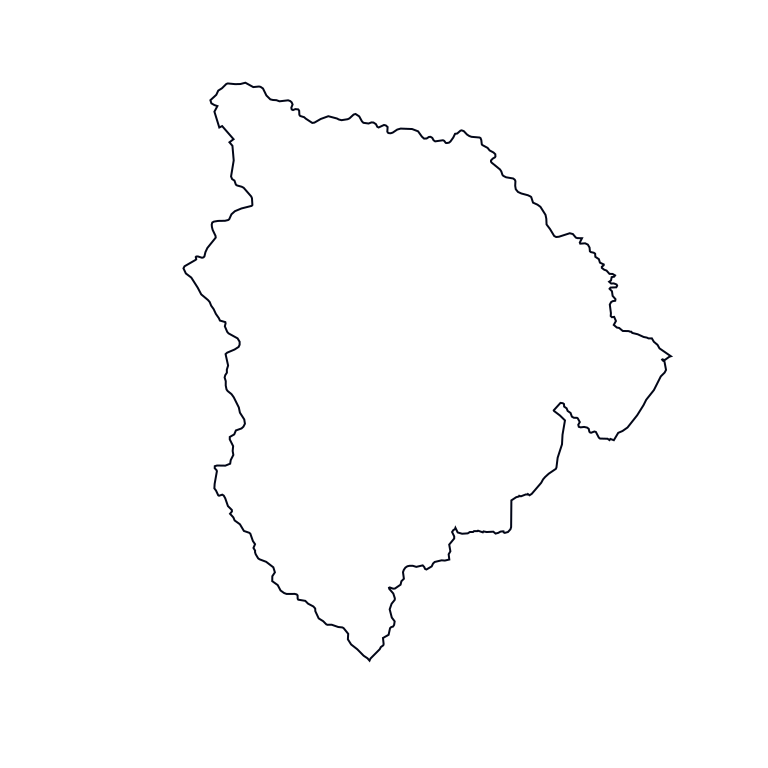 the district of Mueang Lamphun, Lamphun, Thailand, rotated 110°
{"feature_id": "78962969B31473304215935", "entity_name": "Mueang Lamphun", "entity_type": "district", "adm_level": 2, "iso_a3": "THA", "parent_name": "Thailand", "parent_adm1": "Lamphun", "projection": "natural_earth1", "projection_center": [99.055, 18.551], "detail": "fine", "context": "isolated", "style": "outline", "palette": "ink", "viewbox_px": 768, "rotation_deg": 110, "n_neighbors": 0, "source": "geoboundaries", "source_scale": "gbopen_adm2", "svg_char_len": 6166}
<svg xmlns="http://www.w3.org/2000/svg" viewBox="0 0 768 768"><g transform="rotate(110 384 384)"><path d="M359.6,152.9L358.2,152.5L358.2,148.8L349.8,147.2L346.6,143.8L341.6,140.3L326.8,135.4L315.1,132.9L309.1,132.2L297.4,128.3L282.2,126.5L277.3,124.2L274.3,123.8L267.2,128.0L266.5,128.6L266.8,129.4L266.0,131.0L265.6,130.8L265.5,128.4L260.8,125.2L259.8,123.9L256.3,137.3L253.7,140.3L252.0,144.9L249.5,147.9L250.7,151.0L250.5,152.9L251.0,156.1L250.5,162.6L251.1,168.2L250.3,169.5L250.7,170.6L250.6,172.1L252.5,177.8L250.9,182.2L251.3,184.5L249.9,188.3L245.5,187.6L242.2,190.7L243.3,192.7L242.6,194.2L239.8,195.0L232.1,199.0L229.4,198.6L228.0,197.5L226.7,195.2L225.1,195.5L223.0,199.3L218.9,201.5L217.4,204.6L215.9,204.1L213.7,198.8L211.9,198.5L211.0,199.4L210.9,200.4L210.9,202.5L211.9,204.9L210.9,207.4L209.1,206.1L205.7,206.6L204.4,204.4L202.9,204.0L202.4,206.9L203.4,209.8L201.3,213.7L201.3,216.2L200.4,219.0L199.3,219.4L197.3,218.2L196.5,218.4L196.1,222.6L193.2,224.8L192.2,228.9L189.3,230.2L188.9,231.8L189.3,234.7L188.9,235.9L185.5,237.5L183.3,240.1L183.0,243.1L185.0,247.6L184.1,248.4L179.3,247.8L180.8,252.2L180.8,253.8L178.5,257.8L178.8,261.0L185.8,270.0L187.0,272.5L186.7,274.7L181.6,281.0L178.5,285.8L173.2,288.0L169.8,290.1L164.0,297.6L163.0,301.1L162.6,306.0L158.0,309.6L157.7,310.4L157.4,313.3L158.0,320.1L157.7,323.8L155.9,326.8L152.9,328.5L148.4,329.9L147.3,331.0L146.7,332.9L148.0,340.0L147.6,343.1L146.9,344.3L144.1,346.5L142.7,348.4L139.2,358.5L138.5,359.5L137.3,359.9L135.0,358.9L133.1,357.3L132.1,357.1L130.0,358.0L129.0,360.3L128.4,364.6L126.7,367.4L125.8,373.4L125.3,374.1L121.5,376.0L119.9,377.4L119.7,378.5L121.8,386.3L121.8,388.7L121.2,391.3L119.1,395.5L119.1,397.8L119.8,398.8L123.6,400.9L124.6,402.8L128.7,403.2L133.4,404.5L135.0,405.5L136.1,407.4L136.3,408.5L134.9,410.6L134.8,412.0L138.5,418.9L138.0,420.8L136.2,422.8L135.8,424.8L136.5,426.3L138.7,427.9L139.7,430.3L138.6,433.0L134.9,438.4L134.8,444.8L138.3,455.7L140.4,458.6L144.8,461.8L146.1,463.5L146.6,465.2L146.5,466.3L145.7,467.2L141.3,468.5L140.4,470.7L140.6,472.6L144.8,476.8L144.6,478.3L142.6,480.4L141.9,483.3L142.5,485.3L144.5,487.6L145.6,492.7L144.7,494.6L141.0,498.8L140.0,503.1L141.2,504.7L146.2,507.3L147.6,508.7L150.6,514.1L150.9,516.9L150.6,519.0L151.4,527.9L156.6,534.1L162.2,538.8L163.2,540.7L161.4,548.3L160.6,550.3L160.8,554.4L160.0,555.6L156.2,557.2L155.3,558.5L156.0,561.3L157.7,563.2L157.6,564.6L156.1,565.6L152.6,565.5L150.9,567.1L150.2,568.8L150.2,571.1L154.1,578.9L154.1,582.2L155.1,585.5L155.4,588.2L153.1,593.2L147.7,598.8L147.0,601.6L147.2,603.2L149.7,608.4L148.3,617.3L151.2,621.5L153.1,626.3L155.0,633.6L156.0,634.8L161.5,637.4L165.0,640.1L169.6,640.5L176.7,644.2L179.3,642.2L179.9,638.7L179.8,635.6L186.1,636.5L199.3,626.5L197.0,624.3L205.4,609.1L209.7,611.9L212.0,607.9L225.3,601.7L241.3,598.7L243.4,596.8L244.0,594.1L247.3,591.4L247.7,590.0L247.3,585.2L247.6,583.0L253.2,572.9L254.6,571.6L260.8,568.9L261.9,569.3L267.8,578.0L272.6,583.2L276.7,585.4L282.1,585.8L283.2,586.5L285.0,589.2L287.5,595.7L289.6,599.4L291.0,600.6L293.2,600.4L295.3,599.4L297.8,597.7L302.4,593.0L304.0,592.2L316.6,596.5L321.1,596.9L325.6,596.4L326.8,597.0L327.6,598.2L327.8,602.5L328.4,604.0L329.1,604.3L331.0,603.1L331.7,603.4L341.6,611.7L343.9,612.0L347.9,608.0L349.9,601.5L357.2,592.0L362.3,586.4L365.3,578.1L366.6,575.8L369.5,573.2L371.9,569.7L375.6,566.0L378.7,561.6L380.5,559.9L380.1,554.3L381.2,553.6L384.2,553.3L388.6,549.2L389.6,547.4L391.2,537.2L393.7,534.1L396.5,533.1L398.9,533.3L402.7,536.2L408.2,542.1L410.1,543.1L420.0,536.8L424.3,536.6L427.1,535.5L430.0,536.2L432.4,536.0L435.4,533.7L439.6,532.2L443.0,530.1L444.1,528.5L445.7,523.8L447.9,520.6L455.7,512.4L460.2,509.6L465.1,503.2L468.9,501.1L472.2,501.5L474.5,502.7L478.3,507.3L482.6,507.5L486.5,510.8L488.8,510.0L494.0,504.5L498.7,503.3L502.2,501.3L507.9,502.0L511.5,501.3L515.0,505.2L517.7,513.0L519.1,514.9L521.0,514.3L522.3,511.8L523.1,511.2L535.7,509.0L540.1,507.7L541.6,505.4L545.3,501.7L545.4,500.8L543.3,498.1L543.7,496.4L545.7,494.1L552.1,488.9L554.4,483.9L555.8,483.3L558.6,484.3L560.9,479.9L563.3,477.7L565.1,471.4L570.0,465.4L569.9,459.7L570.4,458.4L576.5,453.4L578.6,450.4L582.7,450.6L584.7,448.1L586.1,447.7L587.9,446.3L590.9,442.6L591.3,441.0L591.4,433.9L594.1,425.3L598.3,422.1L602.8,423.2L607.5,421.6L609.3,415.1L613.4,410.6L614.6,406.4L614.6,403.7L611.8,396.2L611.6,394.1L612.2,392.9L615.3,391.7L616.0,390.8L614.7,383.8L616.4,380.2L617.2,374.3L618.5,371.9L621.0,370.8L626.6,365.2L627.7,360.0L629.6,356.0L629.6,354.8L628.1,350.8L628.0,343.9L627.0,339.9L627.2,338.5L631.0,332.2L636.3,330.6L640.0,325.8L642.4,318.4L646.3,310.2L647.4,305.7L648.9,303.0L646.6,302.8L634.7,297.3L632.3,297.0L629.8,295.3L628.5,295.4L623.0,298.1L618.1,293.9L611.4,294.8L610.0,294.1L608.8,292.5L606.9,292.1L603.4,292.8L600.8,296.8L593.8,301.6L587.9,301.7L583.2,300.1L581.7,300.5L577.7,303.6L574.7,309.0L573.8,309.6L573.2,309.0L573.2,305.4L572.5,303.8L566.9,299.8L563.4,300.2L560.2,298.7L554.3,301.8L551.8,301.8L549.2,301.1L547.3,299.7L546.1,297.8L545.0,294.8L544.8,291.1L541.2,285.6L542.3,283.5L543.7,282.2L543.8,280.7L539.1,276.8L535.9,276.5L533.9,275.5L530.0,269.6L529.1,266.4L526.6,262.6L521.9,265.0L518.5,264.4L512.6,267.8L505.2,265.2L503.2,265.9L499.8,269.4L497.6,268.9L496.1,267.7L494.7,267.7L498.3,264.0L498.0,259.4L495.7,254.2L493.7,252.7L492.6,249.7L491.5,249.1L490.3,245.9L489.7,245.5L489.6,240.4L488.5,240.1L488.0,236.9L485.4,230.8L486.4,228.0L484.8,225.7L482.9,224.1L481.8,222.0L481.6,221.3L482.5,220.8L482.6,219.6L480.7,216.9L477.3,215.5L475.0,215.6L449.8,224.5L445.1,221.0L443.6,218.8L442.8,218.7L442.7,216.9L439.3,213.0L438.8,211.4L438.2,211.2L438.8,209.2L436.7,207.6L423.1,202.5L419.2,201.9L416.3,200.8L411.9,198.5L405.0,193.5L403.5,193.4L393.9,195.6L379.8,196.1L370.6,198.9L356.3,201.5L353.4,207.9L351.2,215.0L350.7,215.5L341.4,211.7L340.9,209.4L341.3,208.0L343.6,207.0L344.4,204.1L346.5,202.2L347.4,198.8L350.4,196.3L350.8,194.1L349.8,191.1L350.0,190.2L352.8,187.0L355.9,187.5L357.6,186.3L357.5,184.4L355.9,181.3L355.5,178.2L356.1,176.3L358.6,174.7L359.1,173.6L358.9,172.6L356.7,170.1L356.6,168.5L360.9,163.8L361.4,162.4L359.0,155.2L359.6,152.9Z" fill="none" stroke="#020617" stroke-width="2"/></g></svg>